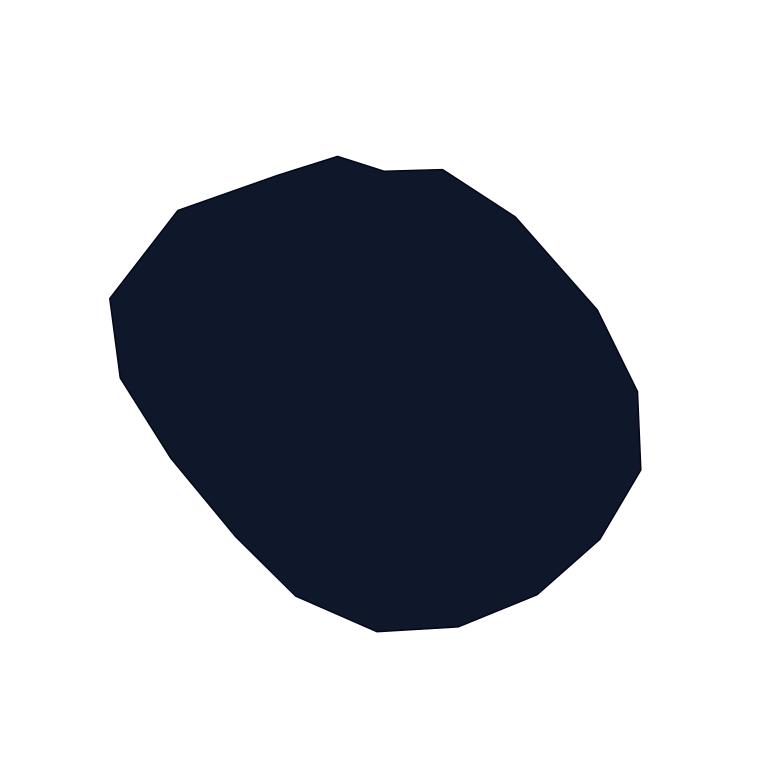 the District of Bamako, rotated 145°
{"feature_id": "MLI-2792", "entity_name": "Bamako", "entity_type": "District", "adm_level": 1, "iso_a3": "MLI", "parent_name": "Mali", "parent_adm1": "", "projection": "orthographic", "projection_center": [-8.0, 12.623], "detail": "fine", "context": "isolated", "style": "filled", "palette": "ink", "viewbox_px": 768, "rotation_deg": 145, "n_neighbors": 0, "source": "natural_earth", "source_scale": "10m", "svg_char_len": 399}
<svg xmlns="http://www.w3.org/2000/svg" viewBox="0 0 768 768"><g transform="rotate(145 384 384)"><path d="M379.4,123.6L462.5,142.5L531.8,185.1L578.0,260.9L593.1,344.1L601.2,445.5L596.6,540.2L559.6,611.3L453.3,644.4L351.6,616.0L291.5,597.1L261.9,558.2L213.0,526.0L180.6,445.5L166.8,322.4L180.7,232.4L222.9,166.3L296.2,133.0L379.4,123.6Z" fill="#0f172a" stroke="#020617" stroke-width="1.5"/></g></svg>